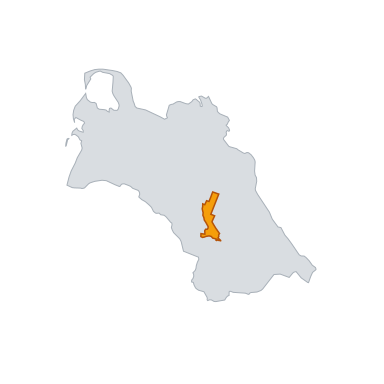 Sakarcage, Mary, Turkmenistan shown in context, rotated 22°
{"feature_id": "10190150B2260035962137", "entity_name": "Sakarcage", "entity_type": "district", "adm_level": 2, "iso_a3": "TKM", "parent_name": "Turkmenistan", "parent_adm1": "Mary", "projection": "robinson", "projection_center": [61.097, 38.361], "detail": "fine", "context": "in_parent", "style": "filled", "palette": "amber", "viewbox_px": 384, "rotation_deg": 22, "n_neighbors": 0, "source": "geoboundaries", "source_scale": "gbopen_adm2", "svg_char_len": 4717}
<svg xmlns="http://www.w3.org/2000/svg" viewBox="0 0 384 384"><g transform="rotate(22 192 192)"><path d="M118.2,133.3L134.3,134.2L139.3,134.8L141.3,132.6L141.3,132.1L140.5,131.6L139.4,130.1L138.4,120.1L139.9,118.6L141.5,117.6L143.9,114.4L145.2,113.4L147.0,112.6L153.2,112.4L155.7,111.8L158.0,108.2L158.5,106.1L160.2,104.4L161.1,104.5L165.3,105.9L166.2,106.6L167.5,109.3L169.1,109.1L169.3,108.7L169.2,108.1L168.0,106.4L165.4,103.4L162.9,101.6L162.7,100.9L164.9,99.5L169.3,100.1L170.4,99.6L171.5,97.2L177.3,102.6L178.3,103.1L182.9,103.8L183.7,104.6L185.3,107.7L186.8,108.5L188.8,109.1L197.0,109.2L199.5,111.3L199.9,111.8L199.4,113.2L199.3,116.0L198.6,117.2L199.0,117.6L201.9,118.8L203.7,120.6L203.8,121.4L203.3,121.9L202.0,121.7L201.3,122.5L201.3,123.9L202.3,125.3L202.5,126.6L201.1,129.5L201.1,130.7L201.5,131.4L208.9,135.8L210.1,135.9L217.3,135.1L218.6,135.6L224.9,136.6L226.6,136.5L227.8,135.1L229.0,134.5L230.1,134.5L233.0,135.4L236.2,137.3L238.3,139.0L239.3,140.5L242.2,149.2L244.2,152.7L246.4,154.5L248.0,157.9L249.4,165.2L250.2,166.7L253.7,169.6L271.3,181.7L276.6,187.1L284.8,192.2L287.8,191.7L294.3,197.2L298.4,199.3L303.7,202.6L314.9,210.1L317.2,210.4L319.9,209.4L322.2,210.0L326.4,211.9L330.9,214.8L334.8,215.8L335.9,217.1L335.9,217.8L333.9,221.4L333.7,226.1L334.0,232.4L333.0,232.5L325.4,230.7L318.3,226.8L316.6,228.1L315.8,229.4L314.1,234.8L304.5,235.1L298.9,237.8L293.9,255.4L292.8,257.5L289.7,260.4L284.2,263.2L283.3,264.4L283.2,265.4L282.5,265.8L279.4,265.8L267.8,269.6L265.2,269.6L264.2,269.9L263.8,270.6L265.1,274.1L264.0,275.1L263.3,276.9L262.8,279.9L255.1,284.7L253.5,285.2L250.4,284.8L248.8,285.3L247.2,286.8L246.4,286.3L246.0,284.8L245.2,283.8L240.4,280.0L234.9,280.6L232.9,280.2L231.2,279.6L228.7,277.4L227.1,275.3L225.4,275.6L224.9,274.6L224.8,273.4L225.3,272.0L225.2,269.4L224.2,267.5L223.1,266.6L224.3,263.6L224.3,261.3L223.6,258.8L223.3,255.2L223.5,251.8L222.4,250.0L206.3,250.1L200.5,242.0L198.2,240.0L190.2,236.6L188.0,234.7L186.2,232.7L185.8,230.0L184.9,228.3L183.6,228.1L177.4,224.8L174.9,224.0L171.5,224.8L169.4,223.9L167.0,225.1L166.0,225.2L163.5,224.4L160.3,221.5L157.7,220.3L152.2,218.4L148.3,217.9L144.8,216.7L144.5,216.3L144.4,213.8L143.9,212.8L143.0,211.6L141.6,210.7L135.7,210.8L133.0,209.8L130.9,209.7L126.1,209.8L124.6,210.5L123.7,211.3L123.1,213.7L122.6,214.1L118.0,214.1L108.3,213.6L104.2,214.8L97.9,218.5L94.2,221.6L93.1,223.0L90.8,228.5L89.8,229.3L88.6,230.0L87.3,230.1L81.5,232.2L79.3,232.8L73.5,232.5L72.4,224.3L72.1,217.9L72.9,208.9L72.8,203.2L74.0,194.5L73.7,192.4L70.8,188.5L70.5,185.8L68.7,185.7L65.9,183.4L63.1,182.6L61.6,182.5L60.3,183.2L59.3,184.5L58.7,182.4L58.8,180.3L61.2,175.9L62.6,177.2L64.3,177.7L68.7,177.4L68.3,175.9L66.1,174.4L65.7,172.4L65.9,170.3L66.6,168.4L65.9,167.6L64.9,167.1L62.5,167.1L56.4,166.4L55.6,168.7L57.2,171.7L54.5,168.3L52.7,164.8L51.7,160.6L51.6,156.2L54.2,149.1L56.5,140.4L58.7,144.0L60.4,145.6L64.2,146.7L66.0,146.4L68.0,145.5L69.9,145.8L72.8,149.6L75.0,150.0L79.5,148.6L81.6,148.2L83.4,148.9L85.3,148.9L84.5,147.1L84.2,145.4L85.4,144.5L88.9,145.5L91.7,144.5L92.2,144.0L92.5,142.5L92.2,139.5L91.6,138.3L90.0,136.5L83.9,132.3L81.9,130.6L80.2,128.4L77.6,119.8L75.7,114.3L74.8,113.6L71.2,113.1L64.3,114.5L61.9,114.2L60.7,114.8L57.9,117.1L56.5,119.1L54.5,123.7L55.8,125.1L54.5,132.8L55.0,136.1L54.7,136.3L52.8,132.2L50.2,128.2L48.1,122.0L52.3,117.9L55.9,115.0L59.8,112.9L63.7,111.4L72.6,109.2L77.5,108.3L81.4,108.2L84.4,109.6L92.4,114.6L95.9,117.4L96.9,118.5L97.8,121.2L103.5,129.9L104.9,131.2L107.2,134.0L109.4,134.8L118.2,133.3ZM58.0,196.0L57.8,197.2L56.8,193.7L56.3,189.8L57.1,188.7L57.9,188.7L57.1,190.1L58.0,196.0Z" fill="#d9dde1" stroke="#a8b0b8" stroke-width="1"/><path d="M217.6,183.9L215.8,184.0L211.2,184.2L211.2,186.7L211.2,187.5L211.3,188.9L211.3,194.4L208.8,194.6L208.6,198.8L208.6,199.0L206.5,199.0L206.4,199.0L207.4,201.7L207.6,203.1L207.6,203.3L208.1,204.3L209.4,206.1L209.5,206.3L210.1,207.0L210.2,207.5L210.8,209.5L212.7,211.4L213.9,213.4L215.8,214.7L215.9,214.8L216.1,214.9L220.0,218.1L220.4,219.5L220.1,220.8L218.6,221.4L218.3,223.1L218.5,223.6L219.0,224.5L219.6,226.0L219.7,226.3L215.9,227.2L216.9,230.0L218.7,230.2L220.4,229.1L221.6,227.9L222.0,227.7L222.9,227.1L224.3,226.3L226.3,226.0L226.5,226.0L227.5,226.5L228.4,226.9L228.5,227.0L230.7,226.7L231.9,226.5L232.3,227.7L233.1,227.7L233.3,227.2L233.6,226.7L234.5,227.0L235.0,226.8L235.5,226.7L236.8,226.5L236.8,226.3L236.7,226.2L235.8,225.8L234.5,225.3L233.3,224.9L233.4,223.9L233.5,223.4L233.5,223.2L232.8,221.9L232.8,221.6L233.1,220.2L232.9,220.1L231.1,218.9L230.1,218.3L228.7,217.3L228.4,217.2L228.2,217.1L224.3,214.2L222.0,212.4L221.7,212.1L221.7,210.4L221.9,205.6L221.5,205.6L217.8,205.6L217.6,183.9Z" fill="#f59e0b" stroke="#b45309" stroke-width="1.5"/></g></svg>